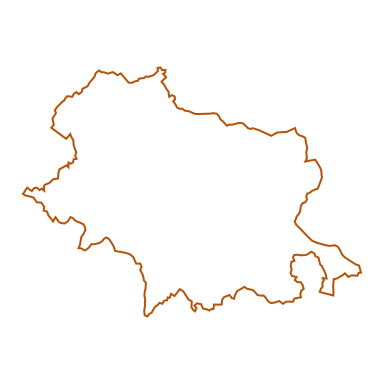 outline of Passo Fundo, Rio Grande do Sul, Brazil
{"feature_id": "56859067B65204532927466", "entity_name": "Passo Fundo", "entity_type": "district", "adm_level": 2, "iso_a3": "BRA", "parent_name": "Brazil", "parent_adm1": "Rio Grande do Sul", "projection": "robinson", "projection_center": [-52.438, -28.266], "detail": "fine", "context": "isolated", "style": "outline", "palette": "amber", "viewbox_px": 384, "rotation_deg": 0, "n_neighbors": 0, "source": "geoboundaries", "source_scale": "gbopen_adm2", "svg_char_len": 4179}
<svg xmlns="http://www.w3.org/2000/svg" viewBox="0 0 384 384"><path d="M25.3,195.4L29.9,196.5L33.6,197.6L36.8,202.3L41.3,202.6L44.3,207.0L43.6,210.5L47.0,211.6L48.5,215.6L51.7,219.4L53.0,221.5L55.5,217.2L57.0,219.1L58.5,221.6L60.8,223.0L64.6,223.5L67.9,221.3L70.5,217.1L73.1,218.3L74.9,220.4L77.4,221.7L80.4,222.8L83.4,224.3L84.8,226.8L85.5,229.7L83.3,234.4L81.3,236.9L79.9,245.1L78.5,248.2L81.0,248.3L84.9,250.5L88.5,248.0L91.4,244.1L93.5,244.3L95.9,243.9L99.4,243.0L102.1,241.2L104.3,238.5L106.2,237.5L108.7,238.8L110.5,241.2L113.4,245.8L115.2,251.0L124.5,252.6L129.6,254.1L133.3,257.0L136.1,263.6L140.2,263.6L141.6,267.0L140.2,270.0L143.0,275.4L143.9,280.4L145.9,282.9L145.7,285.7L145.5,288.9L144.7,291.5L144.4,295.5L145.2,299.5L144.9,302.6L145.0,305.6L144.2,311.0L144.7,315.2L147.4,316.5L149.1,314.0L151.6,312.7L153.5,309.4L154.8,307.2L158.0,304.7L159.5,302.8L162.2,303.8L164.2,300.6L167.1,300.3L167.7,297.4L169.7,297.8L171.0,293.9L174.5,296.0L179.8,289.2L183.3,291.3L188.4,299.4L191.7,301.3L191.6,304.7L191.4,307.2L193.3,310.0L195.1,311.3L196.4,308.0L194.4,305.6L197.1,303.3L201.2,304.3L203.0,308.6L206.4,309.2L209.2,310.5L211.3,309.1L213.5,308.9L213.9,304.6L221.6,304.6L222.2,299.7L224.1,297.1L226.8,296.0L229.5,295.0L231.7,298.0L234.0,298.8L234.7,296.0L235.9,293.4L237.0,291.3L238.9,290.1L244.7,286.8L246.6,288.6L248.9,289.2L251.0,289.6L253.4,290.4L255.6,292.8L257.4,295.0L260.7,295.6L263.5,295.5L265.6,297.5L268.0,301.2L270.9,303.1L275.3,302.4L279.2,301.0L283.0,303.8L286.2,301.6L289.3,301.6L292.9,301.8L294.6,298.4L301.0,297.3L300.3,293.9L301.3,290.7L303.7,288.8L302.7,285.2L300.7,282.2L297.4,282.1L294.8,280.0L296.5,277.1L291.8,275.8L290.5,273.1L291.7,269.6L290.7,266.0L291.4,261.8L294.4,260.9L293.0,257.4L294.3,255.0L297.1,254.7L300.6,255.3L305.2,255.1L308.0,254.1L311.2,251.7L314.4,253.4L315.3,256.1L318.5,257.6L320.1,264.4L321.9,266.0L324.2,270.9L325.8,274.4L326.6,278.5L322.8,278.2L323.9,280.3L322.4,282.5L322.6,286.9L320.9,288.6L319.8,292.0L333.3,295.5L333.5,291.6L333.1,286.1L333.8,279.1L337.0,278.5L340.0,276.6L342.9,275.1L344.9,273.3L346.7,275.0L348.3,277.0L350.7,275.6L353.8,275.4L357.2,275.8L358.7,272.8L361.0,272.6L359.1,265.6L355.4,264.2L352.1,262.1L347.8,259.3L344.9,257.4L342.7,255.3L341.0,252.2L339.4,249.1L338.0,246.9L335.2,245.3L332.2,245.6L329.1,245.9L325.8,245.2L319.1,243.4L315.6,242.3L312.0,240.6L308.8,237.6L306.5,235.2L304.6,233.3L302.2,230.7L299.8,228.3L298.2,226.7L296.1,224.6L294.7,221.3L296.0,218.9L296.7,216.4L298.6,214.3L300.1,211.6L300.5,208.7L300.9,205.8L302.8,203.0L305.4,202.3L306.9,199.5L306.3,196.3L307.3,193.6L309.7,192.8L312.1,190.8L315.0,189.6L317.5,188.9L319.0,185.6L320.6,181.2L322.0,177.5L321.5,174.5L321.4,171.2L320.4,168.2L318.8,165.4L317.2,162.8L315.2,159.7L307.7,161.0L305.3,161.5L306.9,158.5L306.3,152.3L307.2,147.4L306.2,143.6L305.2,137.8L302.2,136.2L299.1,135.1L297.3,133.7L296.1,131.8L295.0,128.1L286.7,131.9L277.2,132.5L271.3,135.8L258.8,130.1L252.7,128.2L250.4,128.9L248.0,128.2L243.3,123.5L239.8,122.8L236.4,123.6L231.8,124.8L229.5,124.5L226.9,125.7L223.2,121.7L220.2,119.1L219.2,116.5L216.8,113.7L213.2,113.2L210.3,113.6L199.5,114.0L195.0,113.9L188.8,111.2L184.9,110.7L182.4,108.7L179.4,108.8L177.2,107.6L174.9,103.5L173.1,101.3L175.0,99.4L174.7,96.5L172.0,95.1L169.2,96.8L168.5,91.7L166.2,88.6L164.2,84.8L161.5,81.7L166.1,77.3L163.1,73.8L165.0,72.8L165.5,70.0L162.2,70.1L160.5,67.5L157.6,68.0L157.9,71.0L153.7,75.1L148.3,76.9L145.9,76.4L144.1,78.0L138.9,78.7L137.8,80.8L134.2,81.6L132.2,82.8L128.7,82.7L120.8,73.4L117.6,75.2L115.4,73.7L112.7,72.1L108.1,73.6L103.7,72.2L101.2,72.2L99.5,70.5L97.3,71.7L95.4,73.7L94.7,76.5L89.3,82.9L87.6,86.3L82.5,88.8L81.8,91.9L78.8,94.2L76.5,92.1L73.8,93.8L72.3,96.8L67.3,96.2L65.1,98.5L64.1,100.7L62.2,101.7L59.8,104.3L56.7,107.5L54.9,110.5L56.0,113.0L52.5,118.6L53.8,124.8L51.3,127.8L66.2,138.8L70.3,134.0L71.2,136.8L73.3,140.1L73.6,144.6L74.7,148.3L76.3,152.3L75.2,155.7L76.5,158.8L73.7,159.2L73.0,162.5L70.4,163.7L68.5,162.5L68.4,167.2L66.6,165.3L59.3,169.5L58.4,173.3L58.1,178.5L53.1,179.3L49.4,183.0L44.6,184.9L43.9,187.2L44.2,190.7L41.7,188.6L39.6,190.1L37.0,187.7L34.0,188.2L31.8,191.1L27.1,187.7L23.0,194.0L25.3,195.4Z" fill="none" stroke="#b45309" stroke-width="2"/></svg>